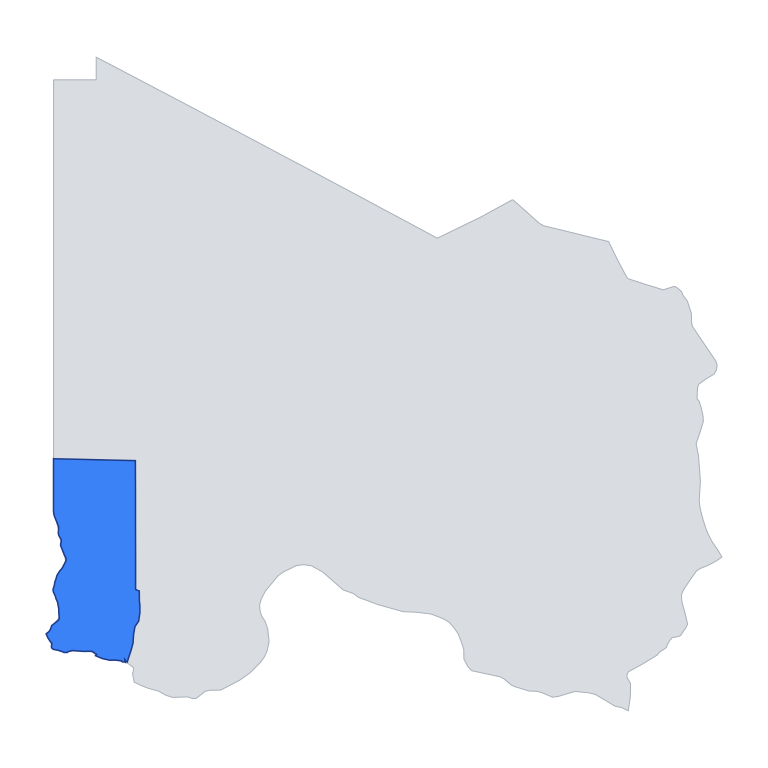 Al Butnan highlighted on a map of Libya, rotated 180°
{"feature_id": "LBY-2987", "entity_name": "Al Butnan", "entity_type": "Municipality", "adm_level": 1, "iso_a3": "LBY", "parent_name": "Libya", "parent_adm1": "", "projection": "mercator", "projection_center": [24.313, 30.16], "detail": "fine", "context": "in_parent", "style": "filled", "palette": "blue", "viewbox_px": 768, "rotation_deg": 180, "n_neighbors": 0, "source": "natural_earth", "source_scale": "10m", "svg_char_len": 4731}
<svg xmlns="http://www.w3.org/2000/svg" viewBox="0 0 768 768"><g transform="rotate(180 384 384)"><path d="M55.0,205.2L60.1,202.6L67.3,199.7L71.0,197.4L72.6,195.6L78.0,187.9L80.9,183.6L84.7,177.8L86.4,173.8L86.5,170.0L85.9,165.4L82.9,154.5L80.4,143.9L82.3,139.8L83.9,137.8L87.2,132.8L88.6,131.8L95.8,130.3L98.7,126.9L100.9,122.8L101.5,120.6L104.6,118.3L108.4,116.0L110.7,113.0L118.4,108.3L125.3,104.1L133.4,99.6L139.7,96.2L141.0,93.2L140.9,90.5L137.5,84.6L137.5,77.5L137.7,71.7L138.1,68.2L139.6,58.5L139.7,57.2L146.2,60.4L152.8,61.7L172.7,73.6L179.0,75.1L192.9,76.6L209.3,71.7L215.5,70.8L226.3,75.4L231.1,76.7L239.1,77.0L252.7,81.2L256.2,82.6L264.2,89.3L268.0,91.2L296.3,97.3L300.1,101.3L304.1,109.0L304.2,118.5L306.4,125.4L309.9,134.3L314.2,140.5L318.9,145.8L324.2,149.0L336.6,153.9L350.6,155.7L364.7,156.3L388.9,163.0L409.5,170.6L414.5,174.4L424.8,178.1L445.3,196.0L456.6,202.2L464.6,203.4L471.8,202.3L484.5,196.1L489.8,192.4L502.6,177.0L506.8,168.8L508.4,163.1L508.0,157.3L506.4,152.1L502.9,146.6L500.3,139.3L498.9,126.2L500.9,117.1L503.3,111.6L507.2,106.0L517.8,95.3L528.5,87.7L547.3,77.9L558.2,77.7L562.8,76.7L571.8,69.6L575.4,69.4L580.5,71.1L595.3,70.6L601.8,72.6L609.6,76.9L619.5,79.6L626.4,82.3L633.8,85.8L635.5,94.4L634.7,97.0L634.5,100.3L642.2,106.3L664.0,109.0L668.3,110.6L674.3,115.2L678.1,116.6L693.1,117.2L701.8,116.2L710.1,117.8L713.2,119.3L716.3,122.9L720.2,131.5L721.7,134.3L720.0,135.7L717.7,138.7L716.2,141.4L712.3,145.7L709.0,150.4L709.3,157.1L710.0,164.0L712.2,170.7L714.1,178.1L713.6,183.0L712.0,189.0L710.0,194.0L703.6,204.2L702.6,206.6L703.0,210.1L706.9,222.2L707.2,226.0L709.5,237.7L711.7,247.2L714.0,254.6L714.4,256.7L714.4,267.6L714.4,278.6L714.4,289.5L714.4,300.4L714.4,311.2L714.4,322.1L714.4,332.9L714.4,343.7L714.4,354.5L714.4,365.2L714.4,376.0L714.4,386.7L714.4,397.4L714.4,408.0L714.4,418.7L714.4,429.3L714.4,439.9L714.4,450.5L714.4,461.1L714.4,471.6L714.4,482.2L714.4,492.7L714.4,503.2L714.4,513.6L714.4,524.1L714.4,534.5L714.4,545.0L714.4,555.4L714.4,565.8L714.4,576.1L714.4,586.5L714.4,596.8L714.4,619.7L714.4,642.5L714.4,665.2L714.4,687.9L714.2,688.0L713.8,688.2L703.3,688.2L692.8,688.2L682.3,688.2L671.8,688.2L671.8,693.8L671.8,699.5L671.8,705.2L671.8,710.8L651.3,700.1L630.9,689.4L610.5,678.6L590.0,667.9L569.6,657.1L549.2,646.3L528.7,635.5L508.3,624.7L487.9,613.8L467.4,603.0L447.0,592.1L426.6,581.2L406.1,570.3L385.7,559.3L365.3,548.4L344.8,537.4L330.7,529.8L315.5,537.2L303.6,543.0L287.9,550.6L269.8,560.5L255.9,568.1L255.3,568.1L254.7,567.9L240.2,555.0L229.0,544.9L224.0,542.1L202.7,537.0L181.6,531.8L159.4,526.4L155.4,518.2L150.9,509.0L144.8,497.4L141.0,490.4L139.8,489.3L122.8,483.7L104.8,478.2L94.2,481.5L92.4,481.2L89.4,479.1L86.4,476.3L84.8,472.3L80.6,466.9L76.7,454.7L76.3,444.9L75.5,441.4L66.2,427.6L57.6,415.0L52.0,406.6L50.9,402.8L51.5,398.2L53.8,394.0L62.1,389.0L69.5,383.6L70.5,379.8L71.0,369.4L68.6,366.2L66.8,360.0L64.9,351.7L64.7,346.3L68.0,335.6L71.9,324.4L69.5,312.0L67.6,287.0L68.8,267.2L67.9,259.9L67.2,256.9L64.7,247.5L61.5,237.8L60.1,234.4L56.1,226.6L49.5,216.9L46.1,210.9L50.8,207.7L55.0,205.2Z" fill="#d9dde1" stroke="#a8b0b8" stroke-width="1"/><path d="M721.7,134.3L719.0,136.4L717.8,138.1L716.3,142.4L709.3,148.1L708.8,149.7L708.8,151.5L709.2,155.7L709.3,159.8L710.3,165.1L710.5,166.1L712.0,169.2L712.6,171.7L714.5,175.7L715.0,177.7L714.8,179.4L714.1,181.1L713.6,183.1L713.2,185.9L711.9,189.3L711.7,190.3L711.3,191.9L710.5,193.6L708.0,197.4L706.7,198.7L705.5,200.2L705.1,200.9L704.4,202.6L702.7,205.8L702.0,207.5L702.0,209.4L702.3,210.5L703.5,212.7L707.2,221.9L707.4,223.0L707.4,224.0L706.6,226.6L706.9,228.6L709.1,232.3L709.7,234.3L709.7,235.5L709.4,239.1L709.4,241.0L709.9,242.7L713.4,251.3L714.2,253.9L714.5,256.7L714.5,262.7L714.5,270.9L714.5,290.3L714.5,309.4L714.4,309.4L714.0,309.3L713.6,309.2L693.3,308.8L673.1,308.3L652.8,307.8L632.6,307.4L632.5,275.4L632.5,243.3L632.4,211.0L632.4,178.5L631.5,178.1L630.6,177.7L629.7,177.4L628.8,177.0L628.7,177.0L628.6,166.7L628.1,163.0L628.1,155.4L629.3,146.9L633.0,141.5L634.4,133.7L635.0,124.7L637.2,116.8L639.2,110.9L640.6,106.4L640.7,106.1L640.9,106.3L641.6,106.5L642.1,106.8L642.5,107.3L642.9,108.4L643.3,108.8L643.2,108.0L642.7,105.7L643.5,106.1L645.4,106.1L645.8,106.2L647.0,107.3L652.6,107.9L658.5,107.8L665.8,109.5L672.5,112.3L671.6,113.3L671.4,113.7L671.7,113.9L672.8,114.4L675.5,116.5L676.5,116.7L684.6,116.6L695.9,117.5L699.7,116.3L700.7,115.6L701.2,115.4L702.9,115.7L703.3,115.6L703.6,115.4L703.9,115.4L704.2,115.6L704.4,115.7L704.9,116.0L705.5,116.2L706.4,116.6L707.8,116.9L709.5,117.6L714.5,118.6L716.0,119.6L716.7,121.2L716.3,123.2L716.2,124.3L716.5,125.2L718.0,126.9L720.2,130.2L720.5,131.0L721.1,132.5L721.9,133.9L721.8,134.1L721.7,134.3Z" fill="#3b82f6" stroke="#1e3a8a" stroke-width="1.5"/></g></svg>